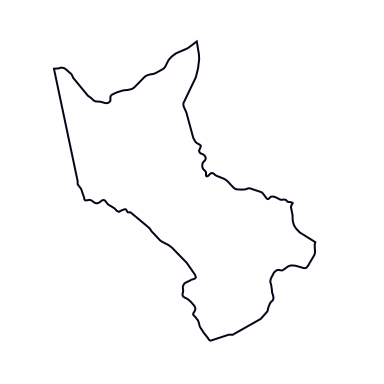 outline of Moyen-Ogooué, rotated 258°
{"feature_id": "GAB-2621", "entity_name": "Moyen-Ogooué", "entity_type": "Province", "adm_level": 1, "iso_a3": "GAB", "parent_name": "Gabon", "parent_adm1": "", "projection": "orthographic", "projection_center": [10.538, -0.51], "detail": "fine", "context": "isolated", "style": "outline", "palette": "ink", "viewbox_px": 384, "rotation_deg": 258, "n_neighbors": 0, "source": "natural_earth", "source_scale": "10m", "svg_char_len": 3251}
<svg xmlns="http://www.w3.org/2000/svg" viewBox="0 0 384 384"><g transform="rotate(258 192 192)"><path d="M341.3,82.6L340.6,87.4L340.9,89.5L340.3,91.5L339.5,93.0L336.6,95.4L334.9,96.6L332.7,98.3L331.1,99.0L328.6,99.4L307.8,110.2L305.7,112.2L301.9,115.0L300.7,116.4L299.4,121.0L297.0,125.7L296.6,127.2L296.6,128.5L297.1,129.7L297.6,130.4L298.4,131.2L299.7,131.5L301.1,131.7L302.4,132.2L303.4,133.1L303.9,134.2L305.1,139.2L305.7,145.9L305.2,150.1L305.2,153.6L305.4,155.1L305.9,156.5L306.7,157.9L314.4,169.5L315.1,171.0L315.5,172.9L315.7,175.2L315.5,178.9L315.9,181.2L318.2,188.9L319.0,190.5L320.2,191.9L325.8,196.4L327.0,197.9L328.8,200.5L331.0,205.3L333.4,217.2L333.9,218.6L338.3,228.0L325.5,227.4L320.7,226.7L311.9,223.7L303.4,219.6L280.7,202.1L278.7,201.6L277.0,201.7L271.0,203.0L244.5,204.5L241.6,205.4L240.0,206.0L238.7,207.0L236.7,209.4L235.5,210.2L234.1,209.7L231.0,207.5L229.5,207.6L228.1,208.3L226.3,210.9L224.9,212.0L223.0,212.5L221.4,212.2L220.1,211.1L219.3,209.8L218.0,208.3L216.4,207.7L214.3,207.3L212.7,207.5L211.2,208.2L210.1,209.1L208.5,209.8L205.0,209.1L204.2,209.7L204.3,210.9L206.1,213.7L206.5,215.1L206.1,216.3L205.1,217.3L203.8,218.2L202.6,219.6L198.4,225.9L197.0,227.4L195.3,228.9L187.8,233.4L186.3,234.7L185.4,236.0L184.1,240.6L183.6,243.6L183.5,245.0L183.9,247.8L183.6,249.3L177.6,259.5L176.9,260.3L175.7,261.1L170.3,263.6L169.6,264.2L169.3,264.7L169.3,265.4L169.9,266.4L170.7,267.6L171.0,269.0L170.7,270.4L170.0,271.9L168.0,274.6L166.8,275.9L166.0,277.2L165.6,278.6L165.6,280.0L165.2,281.3L164.4,282.5L162.8,283.2L162.2,284.3L161.8,285.7L161.3,287.0L160.2,288.2L158.5,286.6L156.9,285.7L148.2,285.5L144.7,284.8L142.3,284.6L138.6,284.8L136.3,285.5L134.4,286.3L129.9,289.1L117.3,302.2L114.9,301.0L108.0,299.9L107.1,299.6L105.9,299.1L104.6,298.3L95.5,289.9L94.2,288.3L94.0,287.0L94.3,285.6L98.2,278.3L99.2,275.3L99.5,273.8L99.5,272.2L99.3,270.7L96.8,264.9L96.6,264.2L96.7,263.1L97.8,260.5L97.9,259.1L97.3,257.3L96.1,255.4L91.0,251.2L89.1,250.3L87.7,249.9L84.8,250.1L79.2,249.8L78.0,249.5L77.1,249.5L73.1,249.8L71.7,249.7L70.3,249.2L69.0,248.2L68.2,246.6L66.7,245.0L66.1,244.7L64.7,243.6L62.8,242.5L59.6,241.0L53.6,232.9L43.9,202.0L44.8,198.4L42.7,179.4L43.5,178.2L44.7,177.6L46.1,177.1L51.9,174.2L57.9,171.9L59.4,171.6L63.8,171.4L65.3,171.1L68.9,169.3L71.5,167.7L72.8,167.9L75.8,170.5L77.5,171.1L80.0,170.7L84.6,168.2L87.1,166.4L89.0,164.6L90.1,163.1L91.6,161.6L93.1,161.3L94.6,161.7L96.0,162.4L97.5,162.9L100.3,163.1L101.7,163.6L102.9,164.4L104.1,165.6L104.7,167.0L105.7,171.4L106.3,172.9L106.5,175.7L106.8,177.0L107.6,178.0L110.2,177.8L123.7,172.2L141.6,160.9L144.8,158.2L149.8,152.1L151.5,150.6L162.1,144.2L164.8,143.2L166.6,142.0L184.4,128.0L185.1,127.3L185.1,126.6L185.2,125.8L185.5,125.0L186.5,124.5L187.8,124.1L188.4,123.9L189.0,123.3L189.1,122.6L189.0,121.2L188.4,118.2L187.8,116.7L187.8,116.3L189.5,114.3L192.0,112.9L195.0,109.8L196.6,107.9L197.8,107.0L201.9,105.0L202.6,103.6L202.5,102.3L201.2,99.6L200.9,98.5L200.8,98.0L200.7,96.7L200.8,96.3L200.9,95.9L201.5,94.9L201.8,94.5L204.3,92.2L204.9,91.5L205.4,90.6L205.7,89.5L205.7,87.4L205.9,86.1L206.2,85.6L207.1,85.2L209.2,85.3L215.1,84.5L216.0,84.5L218.2,84.1L222.8,82.0L223.3,81.8L223.9,81.9L226.7,82.4L341.3,82.6Z" fill="none" stroke="#020617" stroke-width="2"/></g></svg>